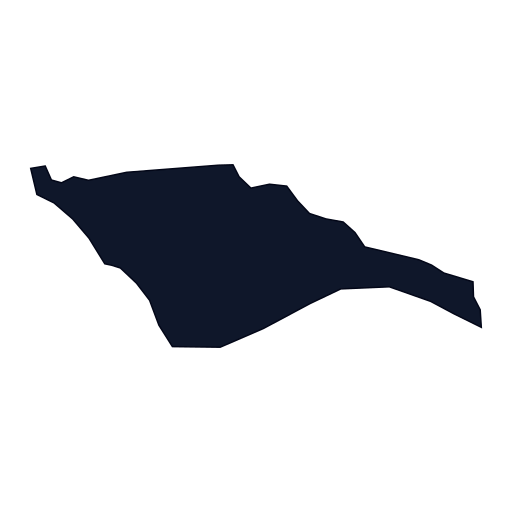 an SVG outline of Pallisa
{"feature_id": "UGA-3076", "entity_name": "Pallisa", "entity_type": "District", "adm_level": 1, "iso_a3": "UGA", "parent_name": "Uganda", "parent_adm1": "", "projection": "natural_earth1", "projection_center": [33.743, 1.214], "detail": "fine", "context": "isolated", "style": "filled", "palette": "ink", "viewbox_px": 512, "rotation_deg": 0, "n_neighbors": 0, "source": "natural_earth", "source_scale": "10m", "svg_char_len": 661}
<svg xmlns="http://www.w3.org/2000/svg" viewBox="0 0 512 512"><path d="M54.0,202.9L36.9,194.5L30.7,168.4L45.2,166.0L51.4,180.0L61.5,182.8L73.7,176.8L88.5,180.3L126.6,172.3L218.3,165.2L233.0,164.8L239.1,176.8L250.9,188.1L269.5,184.2L286.7,186.1L297.6,200.9L309.5,213.5L325.9,218.9L343.2,222.0L355.0,232.6L364.7,246.9L418.9,259.8L431.6,265.1L443.8,273.0L473.0,281.8L473.5,296.8L480.2,309.8L481.3,327.3L454.1,313.9L430.7,301.4L389.3,286.8L340.8,288.9L310.2,303.5L263.4,328.5L220.2,347.2L172.4,346.6L158.9,325.2L149.6,300.3L136.5,283.2L120.4,268.0L111.5,265.2L104.8,263.8L89.0,238.2L72.7,219.0L54.0,202.9Z" fill="#0f172a" stroke="#020617" stroke-width="1.5"/></svg>